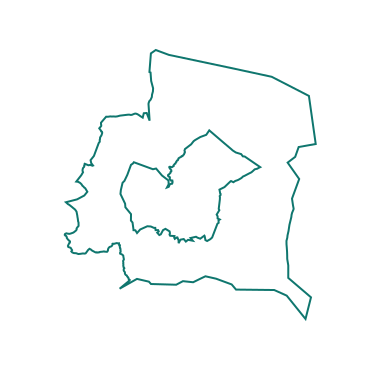 the district of San Juan Ozolotepec, Oaxaca, Mexico, rotated 79°
{"feature_id": "50627088B94115482977421", "entity_name": "San Juan Ozolotepec", "entity_type": "district", "adm_level": 2, "iso_a3": "MEX", "parent_name": "Mexico", "parent_adm1": "Oaxaca", "projection": "robinson", "projection_center": [-96.203, 16.098], "detail": "fine", "context": "isolated", "style": "outline", "palette": "teal", "viewbox_px": 384, "rotation_deg": 79, "n_neighbors": 0, "source": "geoboundaries", "source_scale": "gbopen_adm2", "svg_char_len": 6074}
<svg xmlns="http://www.w3.org/2000/svg" viewBox="0 0 384 384"><g transform="rotate(79 192 192)"><path d="M79.7,125.4L53.0,188.5L45.7,200.5L48.1,205.9L66.1,210.9L66.8,209.9L75.2,210.9L82.8,210.4L85.9,211.2L88.9,212.7L91.1,213.3L93.5,215.0L94.6,216.5L96.0,217.4L97.2,217.9L113.9,220.0L105.8,221.4L105.5,224.3L109.6,226.2L107.5,228.4L106.4,229.4L105.2,230.7L104.3,232.2L104.2,233.4L104.5,235.0L104.8,236.5L104.6,237.6L104.1,238.8L103.9,239.9L103.3,248.2L103.5,250.7L103.4,252.6L102.9,254.5L102.6,256.4L102.2,257.8L102.1,260.2L101.7,261.9L106.6,268.1L108.3,268.4L108.8,268.3L109.8,268.5L110.9,269.7L111.3,270.4L111.9,270.9L114.7,269.5L115.2,269.6L115.4,269.2L115.7,268.9L116.4,268.8L117.2,269.0L119.3,270.2L120.2,271.2L121.2,271.9L122.5,272.2L123.3,272.7L124.4,272.8L125.1,273.0L125.5,273.5L126.1,274.2L137.9,281.4L141.4,285.5L144.5,285.4L147.1,284.1L147.2,284.8L146.5,285.8L146.0,287.0L146.0,288.6L143.8,291.9L144.1,292.2L144.8,292.1L145.2,292.4L145.5,292.8L146.4,292.9L147.0,293.4L147.4,294.1L147.8,294.4L148.4,294.8L149.7,295.3L150.7,295.4L151.8,295.2L154.4,297.5L159.7,303.6L160.4,301.5L160.7,301.4L161.6,300.2L162.3,299.7L163.3,299.0L165.1,298.3L165.8,297.6L167.0,297.0L167.9,296.1L171.8,294.7L174.9,298.4L177.3,306.2L178.0,317.7L180.3,316.0L181.2,314.9L183.9,312.6L184.8,311.9L186.7,310.3L187.8,309.7L189.3,309.1L193.5,309.1L194.6,309.2L196.1,309.2L199.3,309.4L200.2,309.2L203.6,309.8L204.0,310.2L204.4,310.7L204.6,311.1L205.5,312.0L205.9,312.3L206.5,312.3L207.2,312.7L207.8,313.4L208.2,314.2L208.7,315.1L209.2,316.2L209.6,318.7L209.7,320.3L209.5,321.0L209.2,321.8L208.9,322.6L208.6,323.2L208.7,323.7L208.9,324.5L209.2,324.8L209.8,325.1L210.7,324.6L210.8,324.3L211.2,323.9L212.5,323.5L213.1,323.7L214.9,322.9L217.2,321.2L217.7,321.3L218.0,321.8L218.5,321.7L218.9,322.3L219.8,323.1L221.3,324.1L222.4,323.9L223.6,321.8L226.2,320.8L227.3,321.8L228.4,321.1L229.4,319.7L230.0,317.4L231.2,315.4L231.4,313.4L231.5,310.9L232.0,309.0L231.9,308.1L230.2,306.2L229.2,305.2L228.2,303.5L229.1,302.3L230.4,301.3L232.9,298.2L233.0,297.0L233.3,296.9L233.5,295.5L233.5,294.5L233.3,294.4L233.3,293.3L233.5,291.3L233.5,289.8L233.7,289.7L234.5,286.9L234.2,286.3L233.0,285.5L232.2,285.4L230.8,284.3L230.2,283.3L230.1,282.2L229.9,281.5L229.4,280.7L228.7,280.2L228.1,279.9L227.7,279.9L227.6,279.5L228.0,278.5L227.9,277.5L227.8,275.7L228.0,275.1L228.4,274.4L228.4,273.5L230.0,273.6L230.5,272.9L230.9,273.0L231.0,273.3L231.2,273.2L231.6,273.3L232.2,273.4L233.3,273.2L233.5,273.3L233.7,273.1L235.2,273.2L235.5,273.4L235.9,273.3L236.8,273.4L237.2,273.5L237.6,274.0L238.2,274.3L238.8,274.3L239.9,272.7L240.8,271.9L241.5,271.6L242.3,271.7L245.1,271.7L245.6,272.0L246.1,272.5L246.6,272.8L248.4,272.9L249.1,273.2L249.7,273.1L251.0,273.5L251.8,273.4L252.2,273.6L252.8,273.5L253.6,273.0L254.0,273.0L254.4,273.6L255.3,273.9L256.0,274.0L256.5,273.9L257.4,273.4L258.1,273.2L258.6,273.3L259.2,273.4L259.8,273.3L260.7,272.9L261.6,271.9L262.4,271.8L263.0,271.5L263.2,271.2L263.6,271.2L264.2,270.8L264.9,270.8L265.4,270.6L265.8,270.7L266.1,270.2L266.4,269.9L266.9,270.1L273.1,281.5L266.8,262.6L271.8,251.4L274.5,249.8L280.0,225.2L277.8,217.9L280.8,208.1L278.7,200.3L277.3,194.9L281.7,184.9L290.3,170.7L296.2,167.4L303.9,130.0L311.8,118.8L338.3,104.8L318.1,95.3L294.7,113.9L282.4,111.5L275.9,111.3L272.6,110.7L268.9,110.1L264.9,109.6L261.3,109.2L258.0,108.6L255.1,107.2L252.8,106.5L248.7,104.7L242.8,102.6L235.6,99.3L233.4,98.6L231.5,97.7L228.5,95.7L227.6,95.4L224.3,95.4L217.6,95.1L199.7,84.3L181.4,92.5L177.2,84.0L168.2,78.7L168.5,61.4L120.0,58.9L94.1,91.8L79.7,125.4ZM193.4,159.2L194.9,164.6L199.1,164.6L199.4,164.3L200.5,164.6L201.3,165.6L202.6,165.6L204.7,166.1L213.7,169.0L215.0,168.6L218.9,172.1L220.7,171.5L222.8,171.9L224.3,170.0L224.9,171.4L227.3,171.7L228.0,173.1L240.5,180.9L241.8,183.0L243.0,186.5L241.8,188.0L237.7,188.0L237.2,188.2L239.4,192.8L237.9,195.3L236.7,196.6L236.9,202.2L240.0,200.5L238.2,205.0L239.5,207.5L236.6,209.1L236.6,212.4L239.7,214.9L237.0,214.4L233.8,215.0L233.7,215.5L234.7,217.8L234.0,218.0L233.5,218.2L231.9,217.6L230.8,221.8L229.6,222.2L228.2,221.5L226.4,221.5L223.1,225.1L223.9,227.7L227.6,230.7L228.0,232.3L225.3,233.9L224.4,232.2L223.0,232.5L222.5,235.0L220.2,234.9L219.9,236.3L218.0,239.0L217.1,242.4L218.9,250.0L221.8,253.8L218.8,254.9L218.3,256.7L217.6,256.6L210.6,256.2L208.4,257.4L202.1,256.1L194.3,260.3L190.7,259.9L180.3,262.6L176.6,261.5L169.7,258.4L168.2,256.2L162.8,252.2L153.7,246.7L152.8,244.6L151.7,243.4L162.2,226.0L162.1,222.8L170.1,218.3L176.2,212.9L179.9,213.4L182.8,215.7L182.5,213.9L181.9,213.4L181.2,213.0L180.7,212.6L180.3,212.2L180.1,211.7L180.0,210.8L180.1,210.0L179.8,209.7L179.3,209.7L178.5,209.1L178.2,209.1L177.9,209.2L177.4,209.1L177.0,209.1L176.9,210.3L175.7,210.9L175.1,211.2L174.4,211.3L173.9,211.2L173.4,210.9L173.1,211.0L172.6,211.5L172.1,212.2L171.9,212.3L171.6,212.4L171.2,212.4L170.6,212.1L170.1,210.9L169.3,209.9L169.2,209.6L168.8,209.4L168.5,209.2L168.2,209.2L167.9,208.8L167.8,208.4L167.5,208.2L166.5,208.2L165.9,208.6L165.6,208.7L165.0,209.1L164.6,209.3L164.2,209.4L163.4,209.6L163.2,209.6L163.0,209.3L163.0,208.8L163.3,208.2L163.7,207.4L163.8,207.1L163.7,206.6L163.5,206.2L163.2,205.6L163.0,205.1L162.6,205.2L162.4,205.1L161.6,204.1L161.1,203.6L161.1,203.4L161.0,203.1L160.9,202.8L160.7,202.7L160.3,202.5L159.7,202.0L159.6,201.7L159.2,201.6L158.8,201.2L158.1,200.4L158.1,199.9L157.9,199.8L157.7,199.5L157.5,199.3L156.8,199.1L156.5,198.9L156.3,198.5L156.1,198.2L155.7,197.0L155.5,196.1L155.2,195.7L154.9,195.5L154.8,195.1L154.9,194.9L155.0,194.5L154.3,193.8L153.9,193.2L153.7,192.8L153.5,192.6L153.0,192.4L152.3,192.0L152.2,191.7L151.4,191.3L150.0,191.5L148.5,190.7L145.0,183.7L142.4,180.7L141.6,179.0L139.6,173.3L138.6,167.1L134.8,163.3L149.3,151.8L157.4,145.3L159.0,144.1L161.6,141.4L164.2,136.5L166.7,135.3L167.2,133.5L180.6,120.3L180.9,121.4L181.0,121.9L181.6,123.5L181.6,124.4L181.7,125.4L181.7,126.1L182.9,128.0L184.0,129.9L184.8,132.8L186.2,137.4L186.5,138.9L187.7,140.8L188.9,144.2L189.2,145.8L189.4,147.4L190.3,149.5L188.7,151.6L188.8,152.0L189.8,153.6L193.4,159.2Z" fill="none" stroke="#0f766e" stroke-width="2"/></g></svg>